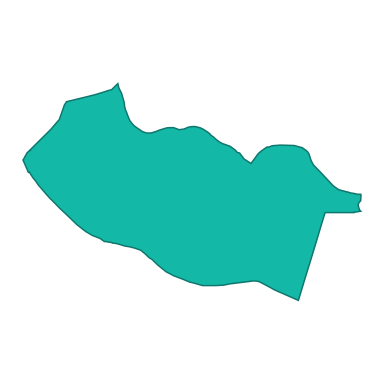 Lower Fuladu West, Central River, Gambia (Robinson projection)
{"feature_id": "56634734B90495316975710", "entity_name": "Lower Fuladu West", "entity_type": "district", "adm_level": 2, "iso_a3": "GMB", "parent_name": "Gambia", "parent_adm1": "Central River", "projection": "robinson", "projection_center": [-14.908, 13.525], "detail": "fine", "context": "isolated", "style": "filled", "palette": "teal", "viewbox_px": 384, "rotation_deg": 0, "n_neighbors": 0, "source": "geoboundaries", "source_scale": "gbopen_adm2", "svg_char_len": 2610}
<svg xmlns="http://www.w3.org/2000/svg" viewBox="0 0 384 384"><path d="M308.9,153.8L307.5,151.7L305.8,150.2L302.2,147.7L294.1,145.5L287.5,145.3L280.2,145.1L272.5,145.7L268.5,147.1L266.9,147.1L261.5,150.8L258.2,153.7L251.5,162.8L251.1,163.5L244.2,159.1L239.6,153.0L238.4,152.7L237.1,152.3L235.5,150.3L230.1,146.3L223.4,143.9L222.3,143.7L221.8,143.2L219.8,142.2L219.3,141.9L215.7,139.1L213.7,137.2L210.8,135.1L209.8,133.8L208.0,132.4L207.2,131.8L203.8,129.6L200.8,128.0L196.7,126.9L195.0,126.6L194.3,126.5L190.9,126.7L187.7,127.4L184.8,128.7L184.3,128.9L184.3,129.0L183.5,129.1L179.2,129.7L178.8,129.6L176.6,128.7L173.3,127.6L167.8,127.7L167.4,127.8L164.8,128.4L162.4,129.2L159.1,130.2L156.5,131.3L151.8,132.8L149.8,133.0L148.6,133.0L146.7,133.0L145.7,132.7L142.6,131.7L134.9,126.4L132.6,124.2L129.8,120.6L128.8,118.1L127.9,116.0L126.7,112.7L125.4,109.6L124.6,106.3L124.3,103.0L123.0,98.3L122.1,95.2L121.5,93.2L119.9,90.0L118.9,88.0L117.8,83.6L111.6,89.7L109.4,90.2L100.6,93.0L95.4,94.6L85.0,97.2L68.9,101.1L66.5,101.7L64.4,105.0L63.0,109.0L59.3,119.5L58.1,120.9L53.7,126.0L50.9,129.3L49.1,131.1L48.9,131.3L39.5,140.6L38.7,141.4L29.2,150.8L29.5,150.8L28.4,151.5L27.0,152.9L25.4,155.9L25.2,156.1L23.9,158.6L23.4,159.5L23.1,159.9L23.0,160.0L28.4,172.4L29.2,172.2L29.3,172.1L31.4,175.4L33.0,177.8L34.8,180.1L35.6,181.0L36.7,182.6L38.4,185.1L45.9,193.8L49.8,198.2L53.9,202.2L59.8,208.3L63.6,211.9L64.4,212.6L77.0,224.7L80.9,227.8L85.8,231.6L92.4,235.5L100.0,238.4L104.3,241.5L106.6,241.7L108.7,242.1L111.2,242.4L112.8,243.2L114.4,243.2L117.7,243.9L117.8,243.9L124.7,246.0L130.0,246.9L135.0,248.2L140.6,250.2L143.6,252.6L145.3,254.0L149.1,257.7L152.1,259.5L154.3,261.7L158.3,265.5L166.1,271.8L170.6,274.1L174.0,275.9L183.3,279.4L184.9,280.1L189.7,282.1L192.8,282.8L194.2,283.2L202.7,285.6L204.9,285.6L215.7,285.6L223.4,285.1L223.9,285.1L229.6,283.9L248.2,281.6L252.6,281.0L254.0,281.0L255.2,281.0L257.4,281.2L260.1,282.1L268.8,286.7L274.7,290.0L298.4,300.4L305.1,278.2L309.2,265.0L316.9,239.7L321.7,223.6L325.1,212.6L353.8,212.6L353.7,212.3L357.3,211.8L360.7,211.2L360.3,210.9L360.0,210.6L359.8,210.2L359.2,208.9L358.8,207.7L358.5,206.7L358.3,206.1L358.4,204.0L358.5,203.5L358.8,203.0L358.9,202.8L358.9,202.7L359.0,202.6L359.2,202.3L359.4,202.1L359.7,201.8L360.2,201.3L360.3,201.2L360.5,201.0L360.8,200.1L360.8,199.7L360.8,199.4L360.8,198.5L360.9,196.4L361.0,195.4L360.8,194.3L357.8,194.3L354.2,193.5L352.9,193.2L351.9,193.2L338.7,189.7L334.6,186.8L333.3,185.9L323.0,174.9L319.8,171.5L318.5,170.2L318.4,170.1L313.4,164.9L311.7,161.7L311.1,160.5L308.9,153.8Z" fill="#14b8a6" stroke="#0f766e" stroke-width="1.5"/></svg>